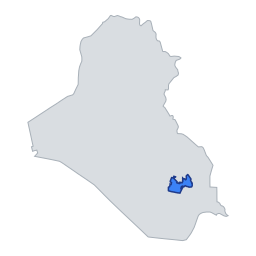 location of Al-Nasiriya, Dhi-Qar, Iraq
{"feature_id": "34846034B33180945258667", "entity_name": "Al-Nasiriya", "entity_type": "district", "adm_level": 2, "iso_a3": "IRQ", "parent_name": "Iraq", "parent_adm1": "Dhi-Qar", "projection": "equal_earth", "projection_center": [46.263, 31.12], "detail": "fine", "context": "in_parent", "style": "filled", "palette": "blue", "viewbox_px": 256, "rotation_deg": 0, "n_neighbors": 0, "source": "geoboundaries", "source_scale": "gbopen_adm2", "svg_char_len": 6256}
<svg xmlns="http://www.w3.org/2000/svg" viewBox="0 0 256 256"><path d="M102.7,22.3L104.6,21.8L108.3,18.6L110.4,15.6L111.1,15.4L113.0,16.3L114.3,16.6L117.4,15.5L119.3,16.1L120.8,16.8L121.7,16.9L125.8,18.7L126.9,18.9L129.0,19.2L132.2,19.3L134.3,18.1L135.8,16.9L136.8,16.9L137.8,17.2L138.6,17.7L139.3,18.6L139.7,19.8L139.5,23.8L139.8,24.9L140.4,25.6L141.1,25.8L142.0,24.9L143.5,23.6L145.4,22.3L146.8,21.0L147.6,20.5L148.9,20.6L150.1,20.8L150.8,21.4L150.8,21.6L151.4,23.5L153.0,30.5L154.0,31.4L155.0,32.1L155.8,33.2L156.1,34.2L156.0,35.8L156.0,37.7L156.4,39.2L157.1,40.3L157.6,40.8L158.5,40.9L159.5,41.1L160.2,42.2L162.4,50.3L162.6,51.3L163.5,51.6L165.0,51.5L166.6,52.3L168.3,53.6L169.9,56.1L170.9,56.5L174.2,56.1L178.8,56.5L180.9,57.8L180.7,58.5L179.1,59.4L176.2,60.4L175.3,62.2L174.8,64.4L174.9,65.7L175.6,67.1L177.7,69.8L177.8,70.8L178.2,72.2L178.5,73.2L178.1,75.0L176.3,76.3L173.8,77.7L168.9,83.8L168.5,85.2L168.5,88.8L168.0,89.9L166.5,89.9L165.3,89.7L165.2,91.0L164.4,92.7L164.0,94.1L165.8,97.7L166.1,99.5L165.8,101.2L164.1,104.2L163.1,106.1L163.4,106.6L164.7,107.4L168.7,113.8L170.0,116.1L171.8,115.5L172.4,115.5L172.9,115.9L173.2,116.7L173.2,117.6L172.8,119.1L175.0,119.7L175.8,121.1L178.3,126.2L178.2,127.7L177.0,130.1L177.0,131.7L177.3,133.1L177.7,133.6L181.4,133.8L183.1,134.3L187.0,136.9L191.5,140.9L195.2,144.2L198.3,146.9L201.7,146.7L202.6,147.2L203.4,148.1L204.4,150.4L206.4,155.6L208.0,157.3L210.6,161.4L213.0,165.3L211.4,170.6L209.9,176.1L209.9,183.2L210.0,187.0L213.2,187.2L216.8,187.4L216.9,192.0L216.9,196.6L217.0,201.8L218.0,202.0L219.7,203.2L220.5,204.9L221.4,205.8L222.5,206.0L223.6,206.8L224.6,208.3L225.0,209.5L224.8,210.3L225.0,211.6L225.8,213.6L226.7,214.6L228.1,215.7L226.2,216.4L224.1,215.9L219.7,213.5L218.3,213.5L216.4,214.4L216.3,215.2L211.6,212.6L210.0,212.0L209.3,212.0L206.7,212.0L202.9,212.5L200.6,213.5L199.1,214.7L198.4,215.7L198.1,216.3L196.9,219.6L195.5,223.7L194.1,227.5L191.3,232.8L189.7,235.2L186.3,239.7L182.7,240.6L174.2,239.7L164.8,238.8L155.5,237.8L148.5,237.0L148.0,236.8L141.2,230.3L135.8,225.2L129.1,218.9L122.2,212.4L115.3,205.8L110.3,201.0L104.2,194.9L98.7,189.3L94.3,184.9L88.7,181.0L84.3,178.0L77.9,173.7L72.9,170.2L68.5,167.2L61.8,162.6L59.6,161.3L52.6,159.8L46.0,158.5L39.1,157.2L34.6,156.3L37.7,153.0L36.8,150.1L34.6,150.6L32.6,151.3L31.5,146.8L33.1,146.2L31.8,140.3L30.5,134.2L29.2,128.3L27.9,122.3L33.8,118.5L38.2,115.6L44.3,111.6L50.2,107.7L55.9,104.1L62.0,100.0L67.6,96.4L72.6,94.9L73.7,93.8L76.0,88.8L78.1,84.6L78.2,83.7L78.3,77.7L78.8,70.7L79.5,67.0L80.7,63.7L81.8,61.3L81.9,59.1L81.8,56.8L80.8,53.3L79.8,49.8L80.0,46.3L80.3,44.5L81.0,41.5L82.2,39.4L83.5,38.0L88.2,36.7L91.0,35.8L94.8,32.0L97.0,29.8L100.2,26.2L102.5,23.6L102.7,22.7L102.7,22.3Z" fill="#d9dde1" stroke="#a8b0b8" stroke-width="1"/><path d="M192.1,183.1L191.8,183.1L191.8,182.6L191.7,182.5L191.7,182.3L191.4,182.1L190.6,180.4L190.5,180.0L190.9,179.5L190.9,178.9L190.5,178.3L189.9,177.5L188.9,176.0L188.3,175.2L188.2,175.0L187.9,174.7L187.5,174.6L187.3,174.9L187.0,175.2L186.8,175.5L186.5,175.7L186.2,176.1L186.3,176.5L186.3,176.9L186.4,177.2L186.4,177.6L186.3,178.0L186.3,178.4L186.3,178.8L186.2,179.2L186.0,179.5L185.8,179.7L185.6,179.8L185.3,179.7L185.2,179.6L184.9,179.3L184.8,179.0L184.6,178.8L184.3,178.8L184.0,178.9L183.8,178.9L183.6,178.7L183.3,178.5L183.0,178.3L182.8,178.1L182.7,178.0L182.7,178.3L182.6,178.6L182.7,178.9L182.7,179.0L182.7,179.5L182.8,179.8L182.7,180.2L182.6,180.6L182.7,180.8L182.8,180.8L182.9,181.0L182.8,181.4L182.7,181.6L182.6,181.9L182.4,182.1L182.3,182.4L182.1,182.2L181.8,182.4L181.6,182.6L181.3,182.7L181.1,182.8L181.0,182.6L180.8,182.4L180.5,182.3L180.2,182.4L180.1,182.6L180.0,182.9L179.8,183.1L179.6,183.5L179.4,183.4L179.3,183.0L179.2,182.8L179.1,182.6L178.9,182.9L178.7,183.3L178.6,183.6L178.7,183.8L178.4,183.5L178.2,183.3L178.0,183.1L177.6,183.0L177.2,183.0L176.9,182.9L176.7,182.7L176.8,182.4L176.9,182.2L177.1,181.9L176.8,181.4L176.6,181.2L176.4,181.0L176.1,180.7L175.9,180.5L175.6,180.2L175.4,180.0L175.2,179.8L174.9,179.5L174.6,179.2L174.3,178.9L174.1,178.7L173.9,178.4L174.1,178.0L174.4,177.7L174.6,177.5L174.8,177.4L175.2,177.2L175.5,177.1L175.6,176.9L175.3,176.7L175.0,176.6L174.6,176.5L174.2,176.5L173.9,176.3L173.7,176.6L173.5,177.1L173.3,177.6L173.0,178.0L172.6,177.8L172.3,177.7L171.6,177.6L171.5,177.9L171.2,178.6L170.9,179.4L170.8,179.8L170.7,180.0L170.5,180.5L170.3,181.0L170.2,181.2L170.2,181.3L170.3,181.4L170.3,181.7L170.3,181.9L170.5,182.0L170.8,182.2L171.2,182.3L171.3,182.4L171.5,182.5L171.4,183.0L171.3,183.4L171.3,183.7L171.2,184.2L171.1,184.5L170.8,184.4L170.3,184.2L170.1,184.1L170.1,184.4L169.9,185.1L169.9,185.8L169.7,186.2L169.5,186.7L169.3,186.7L169.0,186.9L168.8,187.0L168.6,187.1L168.4,187.3L168.4,187.7L168.4,188.2L168.4,188.8L168.4,189.3L168.4,190.0L168.4,190.6L168.5,190.8L168.9,190.9L169.4,191.1L169.7,191.1L170.2,191.3L170.8,191.5L171.3,191.6L171.6,191.7L172.0,191.7L172.3,191.8L172.6,191.8L172.8,191.9L173.1,191.9L173.6,192.0L174.0,192.1L174.3,192.1L174.6,192.2L175.3,192.4L175.8,192.5L176.6,192.6L176.9,192.7L177.2,192.7L177.9,192.9L178.5,192.9L179.9,193.1L180.0,193.1L180.1,192.9L180.1,192.7L180.3,192.4L180.4,192.2L180.5,191.9L180.6,191.7L180.8,191.3L180.9,191.0L181.0,190.8L181.1,190.7L181.3,190.3L181.4,190.0L181.5,189.9L181.6,189.7L181.8,189.3L181.9,189.1L181.6,189.0L181.4,189.0L181.2,188.9L180.9,188.7L181.0,188.2L181.1,187.8L181.1,187.6L181.3,187.4L181.5,187.3L181.5,187.1L181.4,186.8L181.4,186.7L181.7,186.5L181.7,186.8L181.8,186.9L181.8,187.0L181.9,187.3L182.0,187.5L182.1,187.8L182.3,188.0L182.5,187.9L182.8,187.6L182.7,187.5L182.7,187.3L182.6,187.0L182.6,186.8L182.7,186.5L182.8,186.4L182.9,186.2L183.0,186.2L183.2,186.3L183.4,186.4L183.7,186.5L183.9,186.5L184.1,186.6L184.3,186.5L184.5,186.5L184.6,186.3L184.7,186.1L184.8,185.9L185.0,185.9L185.3,185.7L185.5,185.7L185.6,185.8L185.8,186.0L186.1,186.1L186.4,186.3L186.5,186.4L186.9,186.5L187.2,186.5L187.4,186.6L187.7,186.6L188.0,186.7L188.3,186.7L188.5,186.8L188.7,187.0L188.8,187.1L189.1,187.1L189.4,187.1L189.6,187.1L189.8,187.1L190.1,187.1L190.6,187.0L191.0,187.0L191.5,186.9L191.6,186.7L191.8,186.6L191.9,186.4L192.0,186.2L192.1,185.9L192.2,185.7L192.2,185.3L192.2,185.0L192.2,184.5L192.2,184.0L192.2,183.4L192.1,183.1L192.1,183.1Z" fill="#3b82f6" stroke="#1e3a8a" stroke-width="1.5"/></svg>